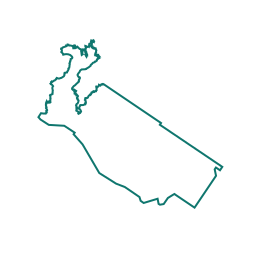 outline of 72, Ar Rayyān, Qatar, rotated 34°
{"feature_id": "91078587B78903366981324", "entity_name": "72", "entity_type": "district", "adm_level": 2, "iso_a3": "QAT", "parent_name": "Qatar", "parent_adm1": "Ar Rayyān", "projection": "mercator", "projection_center": [50.849, 25.539], "detail": "fine", "context": "isolated", "style": "outline", "palette": "teal", "viewbox_px": 256, "rotation_deg": 34, "n_neighbors": 0, "source": "geoboundaries", "source_scale": "gbopen_adm2", "svg_char_len": 5432}
<svg xmlns="http://www.w3.org/2000/svg" viewBox="0 0 256 256"><g transform="rotate(34 128 128)"><path d="M227.9,107.5L152.6,107.5L152.6,105.4L83.4,105.3L83.4,105.6L83.0,105.9L83.0,105.6L82.2,105.8L82.1,106.2L81.5,106.6L81.4,108.3L80.4,108.5L80.4,108.3L79.8,108.4L80.1,109.0L80.3,109.0L80.0,110.6L78.5,111.3L78.6,111.7L79.5,111.8L79.6,112.3L79.8,112.3L80.0,113.1L80.5,114.0L80.8,114.1L80.7,114.8L80.9,115.3L80.2,115.6L79.9,116.1L80.0,116.6L79.2,116.7L79.4,117.3L78.8,117.6L78.8,117.8L78.4,117.8L78.4,118.8L77.9,119.0L78.0,119.6L78.3,119.6L78.5,121.0L78.3,121.8L77.7,121.8L77.7,122.5L77.4,123.4L77.7,125.3L77.4,125.9L77.1,125.9L76.8,126.5L75.9,127.0L76.2,127.9L76.6,128.2L76.6,128.7L77.1,128.7L77.3,129.2L77.8,129.3L78.7,130.2L79.1,130.8L79.3,131.8L79.0,131.8L79.0,132.0L78.7,131.9L78.8,132.4L78.4,133.6L77.8,134.2L76.1,135.3L76.0,136.0L75.7,136.0L76.0,138.0L77.1,139.3L78.8,139.8L79.9,140.6L79.9,140.8L79.6,140.8L79.9,141.6L79.9,142.4L79.0,143.9L78.5,143.7L78.3,142.3L75.4,142.5L75.1,141.7L74.3,140.6L74.9,140.5L75.4,140.1L74.9,140.1L74.2,139.6L74.2,139.4L73.5,139.2L73.0,138.9L72.8,138.4L72.2,138.2L72.0,136.9L72.5,135.8L72.2,134.1L71.6,132.8L70.6,132.7L70.3,132.1L70.0,132.1L69.9,132.4L69.5,132.2L69.5,131.9L68.8,131.6L68.7,131.2L68.9,130.4L68.7,129.5L67.3,129.1L66.5,129.3L66.5,129.5L66.2,129.3L66.1,128.8L65.6,128.8L65.3,129.4L65.1,129.3L65.0,128.8L64.6,129.0L64.6,128.7L63.9,128.4L63.8,127.7L63.4,127.7L63.7,126.8L64.3,126.6L64.3,126.3L61.6,126.3L61.3,127.2L61.1,127.2L59.9,127.0L59.4,126.3L59.6,123.6L60.2,122.2L60.6,119.9L61.3,117.5L61.0,117.2L61.2,116.7L60.5,115.9L60.6,115.4L60.3,115.1L60.4,113.9L60.0,113.2L59.5,113.0L59.2,113.4L58.1,113.2L56.9,112.6L56.4,112.0L56.3,110.3L56.5,108.9L56.2,107.1L56.8,105.4L59.7,103.2L60.1,102.4L60.4,102.3L60.4,101.9L61.5,99.6L62.2,97.3L61.9,96.8L62.0,95.9L62.3,95.3L62.4,94.1L62.5,93.5L63.6,92.1L63.4,91.5L64.1,90.7L64.5,89.5L64.0,88.9L64.0,88.0L64.4,87.7L64.6,87.2L64.3,87.4L64.0,87.1L64.1,86.6L64.6,85.4L64.6,84.8L62.8,84.4L61.9,84.4L61.9,84.2L61.7,84.3L61.6,85.0L62.1,85.7L61.2,85.7L60.4,86.0L60.4,85.7L60.0,85.6L60.1,85.4L59.8,85.3L59.7,84.5L59.2,84.4L59.1,83.8L59.3,83.5L59.2,82.9L58.4,82.1L58.4,81.4L57.3,80.5L56.9,80.4L56.8,80.8L56.2,80.9L56.2,80.2L55.9,80.3L55.5,80.4L55.2,81.0L55.0,81.4L54.3,81.5L53.3,81.4L53.5,80.9L53.2,81.0L52.9,80.2L52.3,80.4L52.3,80.7L52.0,80.6L52.0,80.8L51.7,80.7L51.4,80.4L51.6,80.1L51.4,79.1L50.3,77.3L50.5,76.5L50.7,76.3L50.7,75.8L51.2,75.9L51.1,76.1L51.4,76.0L51.2,75.8L50.6,75.6L50.7,75.2L51.0,74.9L50.4,74.6L50.2,75.2L49.2,75.6L49.3,76.3L49.1,76.7L48.8,76.6L49.0,77.2L49.5,77.5L50.0,78.8L48.9,79.6L48.9,80.2L49.4,80.6L49.5,81.0L50.2,81.4L50.3,82.3L49.8,82.1L49.9,82.5L49.3,83.3L49.1,83.3L48.6,83.6L47.8,83.5L46.7,83.8L46.9,84.1L47.5,84.2L47.8,84.7L48.4,84.7L48.5,85.2L48.3,86.1L48.6,86.7L49.0,86.7L49.9,87.9L50.8,88.3L50.8,88.5L51.1,88.5L51.2,88.8L52.9,89.9L52.8,90.1L53.4,90.6L52.9,90.9L53.4,90.9L53.7,92.1L53.2,91.9L53.2,91.7L52.8,91.7L52.3,91.4L52.1,90.7L51.9,90.7L51.9,90.3L51.3,89.6L51.0,89.6L50.9,89.3L50.7,89.3L50.7,89.0L50.3,89.1L49.6,88.3L48.9,88.1L47.8,88.5L47.3,88.4L47.2,88.0L46.9,88.2L46.9,87.9L46.2,88.3L46.6,89.4L46.8,89.4L47.2,90.3L47.7,90.5L48.4,91.6L49.2,92.3L48.8,93.3L48.1,92.6L48.0,92.1L47.7,92.1L47.3,91.3L46.8,91.2L46.4,90.8L45.8,89.7L44.4,89.2L43.7,89.5L40.5,88.9L40.3,89.5L40.5,89.9L40.4,90.2L40.1,90.3L39.7,91.1L39.1,91.4L38.7,92.1L38.1,92.5L37.7,91.9L37.2,91.6L37.4,91.1L37.9,91.1L38.3,90.5L38.2,90.0L37.8,90.0L38.5,89.9L38.5,89.7L38.2,89.3L37.7,89.2L37.5,89.4L37.8,89.9L37.3,90.1L37.5,90.8L37.2,91.3L36.9,90.9L36.9,90.6L37.3,90.7L37.1,90.5L36.9,90.5L36.3,91.0L34.1,91.8L33.2,92.5L32.3,92.4L32.1,92.2L31.4,92.5L31.5,92.7L31.2,92.9L31.5,93.5L31.2,93.7L31.1,94.3L30.8,94.4L31.1,94.7L31.0,94.9L29.0,97.5L28.8,97.9L28.9,98.4L28.1,99.5L28.5,100.1L29.4,100.2L30.2,101.1L30.2,102.3L32.5,102.7L33.8,104.1L33.5,103.4L33.8,102.7L35.6,101.2L37.3,100.3L39.3,99.8L41.5,100.1L42.3,100.5L42.6,101.0L42.6,101.7L41.9,102.9L42.8,104.4L42.6,105.1L43.1,105.6L43.1,106.4L43.5,106.8L43.4,107.3L44.2,107.9L44.5,108.9L44.8,109.2L45.6,110.9L45.3,111.9L45.4,112.3L45.9,112.5L46.2,114.4L46.0,115.1L46.4,116.0L44.6,117.7L44.6,118.1L45.2,118.4L45.3,119.3L45.7,119.6L45.9,121.0L44.7,123.8L44.1,124.3L43.6,125.2L42.7,125.9L41.7,126.2L41.4,126.2L41.0,126.3L41.1,127.0L40.9,127.1L40.9,127.5L41.2,127.5L41.2,127.9L40.8,128.8L40.7,129.5L40.2,130.0L39.9,131.0L39.3,131.7L39.5,132.0L39.3,132.6L38.8,132.8L38.6,132.6L38.5,133.0L39.2,133.7L39.2,134.3L39.0,134.6L39.4,134.8L41.1,134.7L42.5,135.2L42.5,136.1L42.9,137.2L44.8,139.1L44.8,139.4L45.8,140.9L45.8,141.4L46.4,141.9L45.8,143.3L45.0,144.0L45.1,144.7L46.2,145.4L46.5,146.1L47.2,146.7L47.2,147.3L47.7,147.7L48.4,149.0L49.3,150.0L49.1,150.6L48.3,151.2L47.8,150.8L47.8,151.1L47.3,151.2L47.3,150.9L47.1,151.3L46.9,151.2L46.7,151.8L46.9,152.1L46.7,152.2L45.7,151.5L45.9,152.6L45.9,152.8L45.7,152.7L46.2,153.4L46.8,153.7L46.7,154.3L46.9,154.6L47.5,155.4L47.7,155.5L47.5,155.2L48.4,156.0L48.4,156.5L49.1,156.7L49.2,157.6L50.3,157.9L51.0,158.4L51.1,159.0L50.7,159.7L51.6,160.2L51.8,161.0L51.3,161.9L51.4,162.1L52.1,161.5L51.5,162.5L51.6,162.1L50.0,163.2L47.6,164.4L47.7,169.1L50.8,169.9L60.6,169.7L73.9,161.8L86.4,161.7L86.4,163.6L99.5,167.0L129.4,181.4L149.2,180.8L158.4,178.7L176.1,178.8L179.2,181.3L182.9,181.4L192.1,170.1L195.8,173.8L197.4,173.7L200.1,171.1L200.2,163.7L203.3,156.8L227.7,156.8L227.7,118.4L223.0,113.8L223.0,111.6L227.9,111.6L227.9,107.5Z" fill="none" stroke="#0f766e" stroke-width="2"/></g></svg>